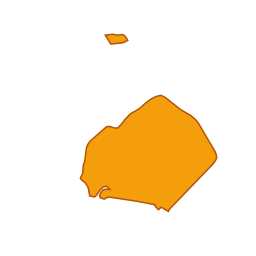 the border of Dubay, rotated 242°
{"feature_id": "ARE-350", "entity_name": "Dubay", "entity_type": "Emirate", "adm_level": 1, "iso_a3": "ARE", "parent_name": "United Arab Emirates", "parent_adm1": "", "projection": "robinson", "projection_center": [55.527, 24.951], "detail": "fine", "context": "isolated", "style": "filled", "palette": "amber", "viewbox_px": 256, "rotation_deg": 242, "n_neighbors": 0, "source": "natural_earth", "source_scale": "10m", "svg_char_len": 1208}
<svg xmlns="http://www.w3.org/2000/svg" viewBox="0 0 256 256"><g transform="rotate(242 128 128)"><path d="M37.3,123.3L38.0,122.9L42.4,120.2L41.6,116.4L46.8,115.2L47.6,115.8L59.4,101.1L75.7,79.2L76.5,76.2L76.3,73.7L79.4,70.8L81.9,71.2L84.3,74.8L85.1,77.3L84.4,79.8L82.3,83.2L86.7,81.7L87.6,78.4L86.4,74.4L83.2,68.1L82.8,66.7L83.6,65.0L86.1,62.2L86.4,62.5L94.5,64.9L99.1,64.6L104.3,62.6L105.8,62.3L106.7,63.1L108.4,65.8L109.8,67.1L114.9,70.2L116.1,71.1L117.4,72.4L118.6,73.9L129.9,81.9L132.4,84.8L134.3,88.6L139.0,108.8L139.0,110.0L138.7,111.2L138.1,112.3L137.2,113.3L135.2,115.2L134.4,116.1L133.9,116.9L133.0,118.9L132.9,119.1L134.2,123.3L136.9,129.4L138.7,134.6L139.3,136.9L139.5,138.3L139.5,142.6L140.0,148.1L141.9,155.8L142.7,161.6L142.7,164.7L142.6,167.2L142.3,169.2L141.9,170.6L141.1,172.7L137.4,175.3L119.9,182.9L109.2,189.5L104.4,191.3L100.0,192.4L66.3,193.8L63.0,193.4L59.9,192.3L58.0,189.6L56.3,186.1L36.8,126.4L35.4,124.5L36.2,124.0L36.7,123.7L37.0,123.5L37.3,123.3ZM220.6,151.5L218.0,158.4L214.6,162.8L213.6,166.0L212.2,167.9L209.1,168.8L205.8,168.9L205.5,168.9L205.6,167.4L205.4,164.9L206.5,161.2L210.2,152.2L220.5,151.5L220.6,151.5Z" fill="#f59e0b" stroke="#b45309" stroke-width="1.5"/></g></svg>